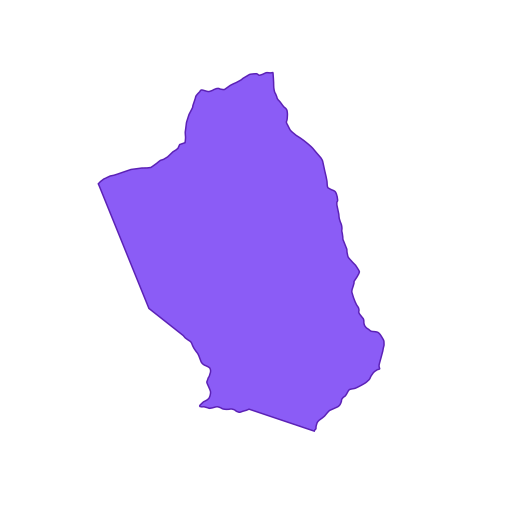 Tatumbla, Francisco Morazán, Honduras (orthographic projection), rotated 40°
{"feature_id": "27666195B81412432628344", "entity_name": "Tatumbla", "entity_type": "district", "adm_level": 2, "iso_a3": "HND", "parent_name": "Honduras", "parent_adm1": "Francisco Morazán", "projection": "orthographic", "projection_center": [-87.059, 13.986], "detail": "fine", "context": "isolated", "style": "filled", "palette": "violet", "viewbox_px": 512, "rotation_deg": 40, "n_neighbors": 0, "source": "geoboundaries", "source_scale": "gbopen_adm2", "svg_char_len": 6151}
<svg xmlns="http://www.w3.org/2000/svg" viewBox="0 0 512 512"><g transform="rotate(40 256 256)"><path d="M207.7,365.0L251.4,363.7L253.1,364.0L254.2,364.2L254.8,364.2L257.7,364.0L260.0,363.7L260.9,363.7L261.7,363.8L262.8,364.2L263.7,364.7L265.4,365.6L268.1,366.7L271.4,367.6L273.8,368.1L274.8,368.5L276.2,369.1L282.1,372.4L282.5,372.5L283.0,372.7L283.7,372.8L284.4,372.9L285.3,372.9L286.2,372.8L286.8,372.7L288.4,372.2L290.8,371.6L292.1,371.5L292.5,371.5L292.8,371.6L293.8,372.1L294.3,372.5L294.8,372.9L295.3,373.5L295.9,374.4L296.4,375.6L297.3,377.7L297.6,378.6L297.7,379.6L297.8,380.2L298.6,382.2L299.1,383.7L299.4,384.2L300.0,384.7L300.7,385.1L306.0,387.7L307.4,388.5L307.9,388.8L308.6,389.4L309.3,390.2L309.8,391.1L310.4,392.1L310.9,393.4L311.2,394.3L311.4,395.3L311.3,396.2L311.2,397.1L310.8,398.4L310.3,399.7L309.6,401.3L309.5,401.6L309.2,404.0L309.0,406.1L309.1,406.8L309.3,407.1L309.6,407.2L309.8,407.3L310.4,407.0L311.0,406.7L311.5,406.4L312.0,405.9L312.7,405.2L313.1,404.9L315.7,403.7L316.8,403.2L317.7,402.9L318.3,402.6L320.1,400.5L322.3,397.3L323.0,396.6L323.6,396.1L324.8,395.6L326.1,395.1L326.9,394.9L328.0,394.7L328.5,394.6L329.4,394.2L330.2,393.7L331.0,393.2L331.8,392.6L333.2,391.4L333.9,390.7L334.8,389.6L335.4,389.1L335.8,388.8L336.4,388.5L337.5,388.0L338.3,387.7L339.0,387.6L340.3,387.6L341.3,387.4L342.7,386.9L343.4,386.6L343.7,386.4L344.1,386.0L344.5,385.5L345.7,383.4L347.7,380.5L348.4,379.2L349.1,377.8L413.2,352.7L413.0,352.1L412.9,351.6L412.9,351.1L413.0,350.3L412.9,349.8L412.6,349.3L412.0,348.6L411.7,348.2L410.7,346.2L410.4,345.4L410.0,344.4L409.9,343.7L409.8,343.0L409.9,342.0L410.0,340.9L410.9,337.4L411.4,334.6L411.4,333.6L411.4,331.9L411.4,329.8L411.6,327.1L412.0,326.3L415.4,319.3L415.7,318.5L415.9,317.3L415.9,316.5L415.9,315.8L415.7,315.1L415.5,314.2L415.2,313.4L415.0,312.8L414.7,312.2L414.2,311.5L414.0,311.1L413.8,310.6L413.7,310.0L413.7,309.2L413.7,308.3L413.8,307.7L414.2,306.5L414.3,306.0L414.3,305.3L414.2,304.1L414.0,303.0L413.4,300.0L413.4,299.3L413.4,298.5L413.5,298.1L413.7,297.8L414.8,296.3L416.5,294.3L417.0,293.6L417.4,292.8L418.2,291.1L419.7,287.5L420.6,285.1L421.4,282.8L421.7,281.4L421.9,279.8L422.1,278.5L422.1,277.5L422.0,276.6L421.5,275.0L421.2,273.5L421.0,271.2L420.9,269.9L421.0,269.1L421.1,268.2L421.8,265.8L422.0,265.2L422.3,264.7L423.1,263.6L423.1,263.4L423.2,262.9L422.8,262.5L422.2,262.2L421.8,261.9L421.0,261.2L420.3,260.3L419.3,258.3L417.3,253.9L414.2,247.3L412.7,244.7L411.7,242.6L411.3,241.9L410.1,240.5L409.0,239.3L408.4,238.8L407.9,238.5L406.7,238.0L405.0,237.4L403.2,236.8L401.8,236.4L400.7,236.2L400.0,236.1L399.3,236.1L398.3,236.2L397.8,236.4L397.3,236.6L395.6,237.6L393.2,239.3L392.7,239.5L392.2,239.7L391.4,239.8L390.2,239.8L389.4,239.8L387.0,240.1L386.0,240.0L385.0,239.8L384.3,239.6L383.8,239.4L383.3,239.1L382.5,238.6L381.3,237.6L381.0,237.2L380.4,236.5L380.0,236.1L379.4,235.6L378.9,235.3L378.5,235.1L373.1,234.0L372.4,233.8L371.7,233.5L371.3,233.3L370.8,233.0L370.5,232.6L370.2,232.0L369.9,231.5L369.1,230.7L368.1,230.0L367.6,229.7L367.0,229.5L365.2,229.0L364.5,228.8L361.4,227.4L357.6,225.3L355.1,223.7L353.6,222.7L352.8,222.2L352.4,221.9L352.1,221.4L351.6,220.7L351.2,220.0L350.8,219.1L349.8,216.6L348.6,213.9L347.8,212.9L347.5,212.5L347.4,212.2L346.8,207.0L346.3,204.4L346.1,203.4L345.7,202.4L345.5,201.9L345.3,201.6L344.6,201.2L343.6,200.8L341.8,200.2L338.2,199.1L337.0,199.0L333.9,198.7L329.6,198.1L328.5,197.9L327.7,197.7L326.9,197.4L326.3,197.0L324.8,195.8L323.4,194.7L322.5,193.8L321.6,192.8L321.0,192.3L313.2,188.1L312.2,187.6L311.7,187.2L311.2,186.7L310.2,185.6L309.1,184.6L307.9,183.5L306.5,182.4L305.7,181.8L305.3,181.3L304.6,180.3L304.0,179.5L303.0,178.5L302.2,177.8L301.4,177.2L300.8,176.8L298.5,175.6L295.9,173.9L294.6,172.8L293.2,171.4L292.5,170.7L285.1,164.9L284.4,164.1L283.6,163.2L283.3,162.6L283.2,161.8L283.0,161.4L282.8,160.9L282.3,160.4L281.4,159.6L280.2,158.5L278.6,157.4L277.4,156.6L276.5,156.2L275.7,155.9L275.2,155.8L274.5,155.8L273.8,155.9L273.0,156.1L270.9,156.8L269.5,157.1L267.4,157.5L267.1,157.4L266.8,157.3L266.0,156.8L265.2,156.1L264.3,155.2L262.7,153.5L261.7,152.6L258.6,150.1L253.8,146.5L247.9,141.9L246.2,140.6L245.4,140.1L244.9,139.9L244.1,139.6L242.6,139.1L240.2,138.7L235.7,138.0L230.2,137.0L228.0,136.8L224.2,136.7L218.8,136.8L214.4,137.1L210.5,137.6L208.9,137.8L206.5,137.8L204.1,137.8L202.5,137.7L201.2,137.5L200.1,137.1L197.1,135.8L194.4,134.7L193.7,134.3L193.4,134.1L193.1,133.8L193.0,133.6L192.4,132.1L191.8,131.0L190.8,129.6L189.6,128.0L188.8,127.0L187.8,126.0L186.6,124.9L185.9,124.4L185.3,124.2L184.4,123.9L183.5,123.8L181.9,123.9L180.8,123.7L180.0,123.6L175.5,122.5L174.3,122.3L172.4,122.1L171.8,121.9L170.9,121.6L169.4,120.6L168.1,119.9L167.0,119.3L165.4,118.7L164.4,118.1L163.1,117.1L161.5,115.7L160.1,114.2L158.0,111.8L155.2,108.8L151.4,104.9L151.2,104.8L151.0,104.7L150.7,104.9L150.0,105.8L149.4,106.4L148.9,106.8L147.0,108.1L146.5,108.5L146.1,108.9L145.7,109.5L145.4,110.1L144.4,112.3L143.6,113.7L143.0,114.6L142.6,115.2L142.2,115.5L141.8,115.7L141.3,115.7L140.7,115.7L140.2,115.7L139.6,115.9L139.0,116.2L137.5,117.6L136.8,118.3L135.2,120.0L134.7,120.6L134.3,121.2L134.1,121.8L133.8,122.6L132.1,127.5L131.8,128.4L131.5,130.3L130.9,132.0L129.3,136.0L127.9,138.8L126.8,141.4L126.5,142.3L125.1,147.8L124.8,148.7L124.7,148.9L124.5,149.1L123.9,149.6L122.7,150.3L121.4,151.1L120.0,151.5L119.6,151.7L119.1,152.1L118.7,152.5L118.0,153.3L117.4,154.4L116.8,155.5L116.1,157.3L115.3,158.7L114.6,159.8L114.3,160.2L114.0,160.5L113.4,160.9L112.5,161.4L109.1,162.9L107.8,163.6L107.5,163.9L107.2,164.4L107.1,165.1L107.3,166.1L107.3,166.6L107.1,168.9L107.1,170.4L107.1,171.5L107.2,172.0L107.4,172.7L108.2,174.3L110.6,180.4L111.0,181.4L111.7,182.5L112.0,183.1L112.6,185.6L113.7,190.6L116.6,197.7L117.1,198.7L119.7,202.7L122.1,206.5L122.5,207.0L124.1,208.7L125.2,209.8L126.1,210.8L127.4,212.6L128.8,214.8L125.9,219.7L126.4,221.6L127.0,223.7L126.5,226.3L125.4,229.6L124.6,236.9L123.1,241.3L121.3,244.2L120.8,246.4L120.4,248.7L118.6,255.7L116.1,258.4L111.9,262.1L104.6,270.1L100.0,277.7L97.5,281.9L95.3,285.4L92.9,288.4L89.9,294.9L89.0,298.9L88.8,302.1L90.5,302.9L207.7,365.0Z" fill="#8b5cf6" stroke="#5b21b6" stroke-width="1.5"/></g></svg>